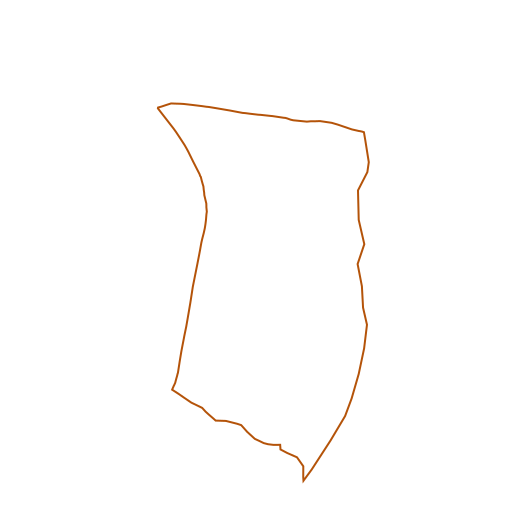 Rodney Heights, Gros Islet, Saint Lucia, rotated 303°
{"feature_id": "8701671B40211912929953", "entity_name": "Rodney Heights", "entity_type": "district", "adm_level": 2, "iso_a3": "LCA", "parent_name": "Saint Lucia", "parent_adm1": "Gros Islet", "projection": "mercator", "projection_center": [-60.949, 14.068], "detail": "fine", "context": "isolated", "style": "outline", "palette": "amber", "viewbox_px": 512, "rotation_deg": 303, "n_neighbors": 0, "source": "geoboundaries", "source_scale": "gbopen_adm2", "svg_char_len": 1875}
<svg xmlns="http://www.w3.org/2000/svg" viewBox="0 0 512 512"><g transform="rotate(303 256 256)"><path d="M327.2,93.0L326.4,93.3L324.9,97.5L318.0,117.4L316.4,121.5L313.0,129.3L310.1,135.8L308.5,138.9L306.6,142.4L301.1,151.6L296.6,159.4L293.9,164.1L292.7,165.6L292.3,166.6L289.6,169.5L287.3,172.1L285.7,174.0L283.2,176.0L280.8,178.1L278.9,179.5L273.0,185.7L271.3,186.9L269.9,187.8L266.4,190.6L264.0,191.7L260.3,193.7L258.6,194.6L255.3,196.2L253.1,197.2L251.0,198.1L246.7,199.7L241.0,201.6L237.2,203.0L230.6,205.8L225.5,207.9L216.3,211.6L195.7,219.8L193.7,220.7L183.5,225.3L180.8,226.5L171.3,230.6L165.0,233.3L158.9,235.9L149.7,239.5L147.3,240.5L137.4,244.5L135.0,245.5L126.3,249.3L123.4,250.6L115.4,254.2L114.8,254.3L112.2,255.2L109.9,255.9L106.8,256.9L105.7,257.3L104.4,257.5L103.1,257.7L102.5,257.7L101.7,257.9L100.8,258.0L99.7,258.2L98.2,258.5L98.2,259.2L98.2,266.3L98.0,272.7L97.8,281.6L99.3,293.6L98.0,298.5L97.3,302.8L96.5,308.6L96.0,311.8L101.3,320.6L105.0,331.5L106.1,335.7L103.7,344.4L102.0,354.6L102.7,359.5L103.3,364.4L104.7,368.6L107.1,373.5L110.8,379.1L107.1,381.9L107.8,389.6L109.5,400.0L105.4,410.2L96.2,416.1L93.4,418.2L107.2,419.0L127.6,419.0L141.8,419.0L170.3,417.9L188.6,413.8L213.0,406.4L237.4,397.0L242.9,394.3L258.8,386.5L271.0,373.9L288.3,361.3L304.6,345.6L324.9,340.4L342.2,322.5L362.5,308.6L366.6,305.8L387.0,303.7L396.1,299.5L412.4,284.8L418.6,279.1L418.1,277.2L417.3,275.1L416.9,274.3L414.4,267.5L410.7,252.9L408.9,246.9L404.0,236.2L400.7,231.5L398.7,228.4L396.4,225.5L390.1,213.3L389.2,210.8L388.3,207.0L387.8,205.4L387.0,203.9L382.3,193.6L381.4,191.9L376.9,183.0L375.7,180.9L371.8,173.0L370.1,169.4L368.7,166.8L366.8,162.2L363.9,155.1L358.2,141.9L355.3,135.3L354.1,133.0L352.4,129.3L348.2,120.7L346.6,117.5L344.1,112.5L342.4,109.5L339.9,105.4L337.7,101.7L333.8,98.5L329.9,95.4L327.2,93.0Z" fill="none" stroke="#b45309" stroke-width="2"/></g></svg>